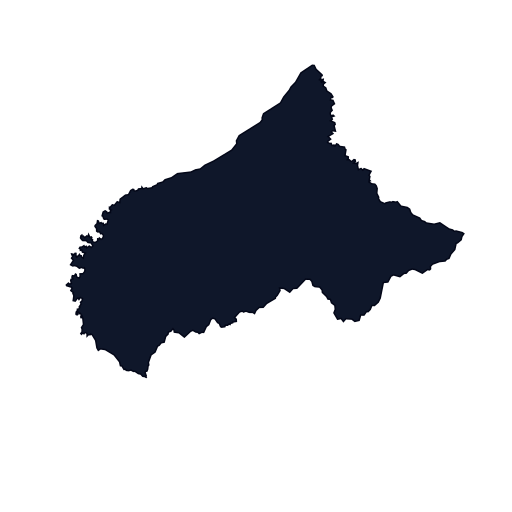 Santa Marta, Magdalena, Colombia, rotated 314°
{"feature_id": "7082276B2481053474358", "entity_name": "Santa Marta", "entity_type": "district", "adm_level": 2, "iso_a3": "COL", "parent_name": "Colombia", "parent_adm1": "Magdalena", "projection": "orthographic", "projection_center": [-73.961, 11.086], "detail": "fine", "context": "isolated", "style": "filled", "palette": "ink", "viewbox_px": 512, "rotation_deg": 314, "n_neighbors": 0, "source": "geoboundaries", "source_scale": "gbopen_adm2", "svg_char_len": 6087}
<svg xmlns="http://www.w3.org/2000/svg" viewBox="0 0 512 512"><g transform="rotate(314 256 256)"><path d="M432.3,164.0L419.0,161.1L408.5,163.8L401.9,163.8L398.4,164.8L389.7,165.5L383.1,167.3L363.6,162.6L359.7,164.4L358.3,165.9L354.9,166.3L330.9,160.3L325.3,161.9L323.4,164.2L315.3,165.0L294.8,159.6L285.8,156.2L279.9,155.5L276.0,152.7L271.2,150.9L260.7,142.3L253.7,140.9L247.7,137.6L244.5,137.6L239.9,134.9L238.6,135.4L234.0,133.5L233.1,134.0L229.0,131.0L228.9,129.7L225.9,128.2L226.2,126.2L225.2,127.0L222.6,124.9L221.0,125.3L218.6,123.9L218.2,123.0L218.9,121.9L218.4,121.0L216.0,120.4L211.5,121.7L209.1,119.8L202.5,118.8L199.8,120.9L198.6,118.5L194.1,118.9L193.0,117.1L189.6,117.3L189.3,116.7L188.0,117.9L188.6,120.0L187.5,119.8L186.2,121.1L185.9,120.4L183.4,119.3L184.1,117.9L183.7,116.1L181.5,115.5L178.0,117.4L178.3,118.3L177.3,120.0L177.0,121.3L179.1,123.2L179.3,124.8L175.4,126.7L174.6,125.7L172.2,125.2L173.4,123.4L172.1,122.1L172.4,121.4L170.5,120.5L171.7,118.3L171.3,117.5L168.9,119.2L166.2,119.1L165.4,119.7L165.0,122.3L163.2,124.1L163.4,125.5L164.8,126.6L164.1,128.8L165.2,129.6L165.1,131.5L163.7,132.9L161.8,133.4L160.3,133.0L160.1,130.9L159.3,131.3L158.4,130.2L156.9,131.6L154.6,131.2L152.9,129.7L153.2,127.6L154.1,127.1L153.5,125.9L155.2,125.1L155.3,124.2L154.0,123.6L155.1,120.7L153.5,121.6L152.9,120.3L150.2,120.1L150.4,118.0L149.5,117.2L150.1,116.2L149.0,116.0L147.1,117.2L146.7,119.2L146.8,120.7L149.2,123.3L149.0,125.7L150.9,128.3L150.0,131.6L147.6,131.6L147.4,129.2L144.3,128.6L145.0,127.1L143.4,126.6L143.9,125.1L141.6,124.6L140.1,123.3L138.8,123.6L139.1,124.5L138.1,125.7L139.3,126.3L138.2,128.5L139.6,131.3L136.9,131.6L134.5,133.4L134.0,131.6L134.8,130.2L134.1,129.3L134.5,127.9L132.5,128.2L131.5,127.4L131.7,128.0L130.5,127.9L130.6,126.7L132.8,124.7L132.3,124.0L130.8,124.2L129.4,121.9L128.8,122.9L129.4,124.2L126.3,124.8L126.1,127.7L120.9,128.7L121.5,131.0L123.1,132.2L124.2,134.2L124.5,137.4L126.6,138.4L127.2,140.1L128.4,140.7L127.2,142.7L125.3,143.7L123.0,143.8L120.9,141.8L119.2,143.7L117.2,144.1L116.3,141.5L117.8,139.5L117.6,138.7L115.5,139.2L114.3,137.6L112.9,138.3L112.4,140.1L110.9,139.2L109.8,139.6L108.0,142.3L106.2,141.4L106.2,139.9L103.4,139.7L103.1,140.4L105.4,145.0L105.2,146.0L102.5,146.8L102.8,150.1L102.0,150.2L100.9,152.6L96.9,155.5L98.0,157.3L101.5,156.8L102.2,157.4L101.8,158.8L104.1,158.4L104.9,160.7L102.7,162.1L100.8,161.9L100.1,163.5L96.6,164.2L96.7,164.8L95.2,165.5L93.6,164.5L92.9,165.5L91.4,165.4L89.9,166.2L89.0,167.2L89.4,168.2L90.1,168.4L91.9,166.2L92.5,167.4L91.8,169.0L92.7,169.4L92.2,172.2L91.7,172.6L91.3,171.9L91.2,172.0L91.9,172.8L91.6,173.5L90.2,173.0L90.9,171.7L90.2,172.7L90.1,173.1L90.4,173.3L91.2,173.5L90.9,174.7L86.9,179.5L83.3,180.2L82.7,181.6L80.7,183.5L78.5,183.9L78.5,184.7L79.3,184.4L80.7,186.3L81.4,185.9L82.8,186.9L82.8,188.4L81.1,190.1L83.0,190.1L84.2,191.4L85.1,191.2L85.6,192.8L83.9,199.3L79.4,205.4L78.6,208.1L81.2,208.6L84.0,212.6L86.3,222.6L85.1,231.4L82.9,234.7L83.8,235.9L82.7,239.9L83.8,240.6L83.6,242.1L85.0,244.0L87.1,245.3L87.8,247.9L89.0,249.1L89.7,253.1L91.0,255.1L90.8,258.1L92.1,259.9L92.5,261.9L92.7,260.5L93.6,260.2L95.2,257.1L96.1,256.7L97.4,257.5L99.3,256.7L101.8,254.8L103.1,254.6L104.7,252.5L112.0,249.2L116.8,250.1L122.7,247.8L124.6,248.4L127.7,248.1L130.2,249.8L135.4,246.9L138.7,247.0L140.3,245.8L142.8,247.0L146.0,246.7L145.8,248.4L144.5,250.1L147.3,254.0L147.9,260.8L156.3,261.2L158.7,262.2L159.5,265.5L160.8,267.2L160.7,269.0L163.5,270.0L164.7,271.4L170.7,269.3L173.8,269.7L178.8,267.6L181.2,268.0L182.3,270.2L181.4,274.7L182.0,276.4L180.6,279.6L180.9,280.7L183.5,282.7L184.9,282.0L186.5,283.7L188.4,283.8L188.7,284.9L189.8,284.5L191.8,285.6L192.3,285.1L195.3,287.3L196.8,285.7L196.8,283.3L204.3,283.0L206.9,284.5L207.0,285.9L209.4,287.1L210.8,290.3L213.2,292.9L213.6,294.9L216.8,293.8L221.2,294.0L224.1,296.8L229.2,296.6L239.0,299.3L240.1,298.5L242.4,298.6L247.8,297.3L249.3,295.2L252.2,298.8L253.4,305.4L258.3,305.2L261.2,307.8L273.7,307.7L276.8,311.1L276.5,313.9L274.4,317.4L274.9,319.6L277.9,323.4L277.5,327.2L275.9,329.1L275.9,335.0L275.0,337.7L276.5,339.6L274.8,342.8L275.3,347.0L272.7,350.1L269.2,351.6L267.2,358.6L270.2,360.6L269.6,364.4L273.3,364.2L277.2,368.8L277.6,372.5L281.3,374.9L286.3,372.3L288.5,374.7L292.7,374.1L293.8,375.3L296.9,375.3L300.9,373.7L302.7,375.6L307.7,376.0L312.0,374.6L325.4,366.0L328.9,368.9L335.2,367.1L338.0,368.1L341.1,373.9L346.2,374.5L348.0,376.0L351.6,375.8L355.1,377.4L356.8,379.9L359.2,387.6L365.3,388.7L366.6,390.5L368.0,390.5L369.6,388.7L372.7,388.6L379.4,391.8L383.8,395.5L386.1,395.4L388.3,396.5L392.8,394.8L398.7,394.5L404.2,391.1L405.3,391.8L410.2,392.3L413.0,390.6L416.4,390.0L416.1,388.1L413.0,382.6L411.5,381.5L411.3,379.3L409.5,376.0L407.6,365.2L402.6,362.1L398.0,355.5L397.9,353.4L396.4,350.4L397.0,347.4L394.4,340.2L394.8,337.0L396.4,334.0L396.0,331.1L392.5,325.6L393.2,319.9L391.9,319.3L390.2,316.7L388.5,316.0L388.0,314.8L384.4,312.5L383.1,312.4L381.4,307.7L382.3,304.3L383.5,303.4L385.0,299.3L388.7,296.3L390.0,293.7L390.2,291.6L388.3,289.1L387.7,285.9L388.3,285.3L389.4,285.9L389.5,284.5L392.3,282.7L392.6,281.1L396.9,279.9L393.9,273.1L391.9,273.2L391.9,270.8L389.2,269.7L391.7,266.0L394.0,264.4L392.0,263.7L390.6,261.8L393.0,261.9L394.0,260.5L393.4,259.5L390.8,259.3L390.0,258.5L390.0,256.2L388.8,254.8L390.1,254.7L391.4,253.5L390.0,250.3L394.9,246.9L394.8,245.6L395.8,244.0L392.9,240.0L393.3,237.7L392.7,236.1L390.1,236.5L389.4,235.9L390.0,235.0L388.2,234.0L389.2,231.8L388.1,230.8L387.4,228.6L388.5,228.0L391.9,228.5L392.0,224.8L397.5,226.3L397.5,223.9L399.4,224.1L401.0,226.4L404.0,221.6L405.7,221.5L406.6,220.0L405.0,215.6L407.4,215.9L408.4,213.6L410.9,214.9L410.9,213.7L408.9,212.4L409.9,210.5L411.2,209.6L413.7,209.6L414.8,207.0L416.4,206.1L420.0,206.7L421.4,203.2L419.9,201.3L422.3,199.6L423.2,200.9L423.9,200.8L424.8,197.3L423.9,192.3L425.4,189.4L424.9,186.3L426.6,185.0L428.8,185.3L428.4,183.5L426.4,182.7L426.5,181.8L429.0,182.2L429.8,181.6L427.4,180.3L426.9,179.2L428.9,179.2L430.1,177.8L431.7,178.3L432.2,177.6L432.0,169.5L433.5,165.5L432.3,164.0Z" fill="#0f172a" stroke="#020617" stroke-width="1.5"/></g></svg>